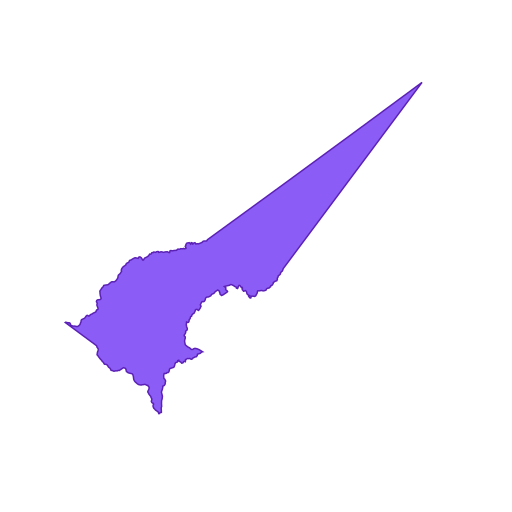 outline of Manyatta, Eastern, Kenya, rotated 77°
{"feature_id": "3690345B28172026836823", "entity_name": "Manyatta", "entity_type": "district", "adm_level": 2, "iso_a3": "KEN", "parent_name": "Kenya", "parent_adm1": "Eastern", "projection": "mercator", "projection_center": [37.497, -0.372], "detail": "fine", "context": "isolated", "style": "filled", "palette": "violet", "viewbox_px": 512, "rotation_deg": 77, "n_neighbors": 0, "source": "geoboundaries", "source_scale": "gbopen_adm2", "svg_char_len": 6169}
<svg xmlns="http://www.w3.org/2000/svg" viewBox="0 0 512 512"><g transform="rotate(77 256 256)"><path d="M341.0,406.9L342.9,403.2L343.8,402.7L345.8,402.6L348.5,402.9L349.8,402.7L351.0,402.3L353.1,400.9L354.0,400.2L354.8,399.4L355.3,398.4L355.9,396.9L355.8,396.0L356.0,394.9L356.0,393.6L356.3,392.7L357.5,391.3L357.7,390.5L358.9,390.2L359.6,389.7L360.6,389.8L361.9,390.5L363.1,391.5L363.9,392.0L364.9,391.9L365.6,391.5L366.6,391.4L369.3,390.1L370.4,390.1L371.1,389.8L372.1,389.7L374.1,390.7L375.2,390.5L376.0,390.0L376.4,389.2L377.2,389.1L377.9,389.6L378.9,390.1L380.0,390.1L381.4,389.8L382.3,389.2L383.3,388.7L384.0,388.2L384.5,387.5L385.2,387.2L385.7,386.5L386.5,386.3L387.7,386.2L387.8,385.4L387.2,385.0L387.0,384.2L387.1,383.4L385.9,383.1L382.9,382.6L382.2,382.3L381.5,381.8L378.2,381.2L375.6,380.5L374.1,379.6L371.6,378.7L367.7,378.8L366.6,378.4L365.8,377.9L365.2,377.4L364.2,377.0L363.4,376.5L361.9,376.2L361.5,374.5L360.4,373.4L359.7,373.1L358.9,373.0L358.4,372.6L357.4,372.2L355.5,372.6L354.6,373.3L352.4,373.0L351.6,372.8L349.9,372.0L349.9,371.2L350.2,370.5L350.1,369.7L349.6,368.9L349.8,367.9L349.2,366.9L347.7,366.1L346.9,365.8L346.3,365.1L346.0,361.4L345.6,360.7L344.0,359.7L343.0,359.3L342.0,358.5L341.7,357.7L341.8,356.9L341.2,356.2L340.3,355.8L340.2,354.7L341.4,354.6L341.8,353.8L342.3,353.3L343.7,352.5L343.7,351.3L342.7,350.3L342.5,349.4L343.1,348.8L342.3,348.2L341.1,348.0L340.5,345.6L340.9,344.7L340.9,343.7L341.6,343.0L342.1,342.2L341.9,341.1L341.1,340.2L341.0,339.2L340.7,338.5L340.7,336.7L339.7,335.6L338.5,335.1L338.3,332.3L337.3,330.4L337.3,329.6L334.6,332.3L333.7,333.5L333.2,334.2L332.5,335.6L332.2,336.7L332.4,337.7L332.8,338.4L332.6,339.7L331.9,340.5L331.3,340.8L330.5,341.4L329.7,342.4L328.9,343.2L327.2,344.5L326.4,344.9L323.2,344.8L321.7,344.3L319.9,343.3L318.6,343.2L317.7,343.9L316.7,343.6L316.0,342.7L314.9,341.8L313.5,341.5L313.0,340.7L312.7,339.9L311.9,339.4L310.8,339.2L309.7,339.6L308.4,339.4L307.5,339.5L304.7,338.5L305.4,337.5L305.4,336.7L304.8,336.1L303.0,335.4L302.4,334.5L301.9,334.1L301.1,333.8L300.4,333.3L300.2,332.3L298.9,331.6L298.3,330.7L298.1,330.0L297.7,329.1L296.2,327.9L295.6,327.5L294.9,327.2L294.6,326.3L294.8,325.4L295.4,325.0L296.1,324.2L295.5,323.4L293.9,321.8L293.0,321.3L292.5,320.8L291.1,321.3L289.2,319.8L288.3,318.7L288.7,317.4L288.6,316.7L288.1,316.1L287.2,315.3L286.0,314.8L285.3,314.1L285.0,313.2L285.2,311.4L284.6,309.0L283.7,308.2L283.2,307.3L283.1,306.0L282.8,305.2L282.3,304.7L281.5,303.5L280.5,300.9L282.0,299.6L282.9,299.7L284.1,299.5L285.1,299.6L286.7,298.5L286.5,297.0L284.7,292.3L284.2,291.7L283.2,292.1L282.3,292.9L281.6,293.1L280.3,292.5L278.6,293.7L278.5,289.9L278.6,289.2L278.5,288.1L278.1,287.2L278.4,286.3L279.8,284.5L280.9,283.6L281.5,282.7L282.1,282.1L282.9,282.3L283.5,281.4L283.0,280.7L282.1,280.4L281.3,279.7L280.8,279.0L281.3,278.2L282.2,277.9L283.2,277.4L283.4,276.6L284.2,276.4L284.6,276.9L285.8,276.9L286.8,276.3L287.5,276.1L287.5,275.2L287.3,274.2L288.0,273.6L288.7,273.3L290.9,273.3L291.8,272.6L292.5,272.3L293.0,271.3L293.7,272.2L294.6,271.8L295.6,271.2L295.7,270.5L295.0,270.1L294.2,270.0L294.2,269.0L294.6,267.6L295.1,266.5L294.8,265.3L292.4,263.2L290.4,262.3L290.4,261.5L290.7,260.7L290.8,258.6L291.1,257.8L291.5,257.1L291.7,256.1L291.6,254.4L291.4,253.8L290.6,253.3L290.1,252.4L290.0,251.5L290.2,250.6L289.6,249.7L289.3,248.8L288.4,248.4L288.3,247.6L288.0,246.8L286.8,245.5L285.8,245.1L284.9,243.0L284.8,241.3L283.5,240.4L282.6,240.3L281.9,239.8L281.4,239.2L280.3,238.8L279.6,237.0L278.9,236.2L277.8,235.8L277.1,234.8L276.7,233.9L275.9,233.2L274.4,232.3L124.2,55.2L154.4,124.9L190.9,209.8L229.2,299.7L230.0,300.3L230.2,301.1L229.7,303.2L229.8,304.3L230.5,305.3L231.0,307.5L231.2,309.7L230.8,310.4L230.8,311.9L230.0,312.1L229.3,312.5L229.3,313.4L229.5,314.1L230.1,314.6L230.1,315.3L228.8,315.3L228.4,316.1L229.6,317.1L228.0,318.0L227.9,319.8L228.0,320.7L228.6,321.3L229.2,321.8L230.2,322.1L230.6,322.8L231.4,322.7L232.1,322.4L232.8,322.5L232.9,323.5L232.8,324.4L232.3,325.0L232.5,325.8L231.9,327.8L232.2,328.5L232.1,329.5L231.7,330.5L232.0,331.3L232.6,332.1L232.2,334.6L232.2,335.4L232.1,336.6L231.5,337.7L231.6,338.6L233.2,339.4L233.0,340.2L232.3,340.9L231.8,341.7L231.8,342.4L231.6,343.3L231.6,345.5L230.7,346.9L230.5,347.9L230.7,348.9L230.6,350.0L229.8,350.0L229.5,350.9L229.5,352.1L229.9,352.9L229.1,354.7L229.6,355.4L229.3,356.3L229.5,357.0L230.3,357.6L230.5,358.3L230.2,359.2L231.4,360.4L231.9,361.2L232.6,363.1L232.9,364.8L233.5,365.6L234.6,366.5L234.5,367.3L232.0,368.1L230.8,369.2L230.6,370.1L231.1,370.8L231.8,371.4L230.5,374.1L230.6,375.0L231.2,377.2L231.7,378.4L231.9,380.2L233.5,381.4L233.9,383.3L234.2,384.0L234.9,384.6L235.5,384.9L236.4,387.3L236.8,388.1L237.9,389.4L238.6,390.0L239.6,390.5L240.8,390.5L242.0,391.8L242.6,392.3L243.3,393.7L243.7,394.4L245.0,395.1L245.8,395.3L247.2,396.4L248.8,398.4L249.3,400.0L248.8,401.6L248.7,402.8L249.3,403.8L249.7,405.0L250.4,405.9L250.7,406.8L250.5,408.6L250.4,410.9L251.7,412.0L252.6,413.5L253.9,414.7L254.5,415.5L255.1,416.0L255.8,416.2L256.7,416.2L257.4,416.4L259.8,416.6L261.7,416.4L262.5,416.5L263.1,417.0L263.4,417.9L263.2,419.1L263.1,420.1L263.5,421.2L264.7,421.8L265.6,421.4L266.5,421.4L267.2,421.8L268.2,422.1L271.3,421.7L272.1,421.8L272.6,422.3L272.7,423.4L273.3,423.9L274.2,424.4L274.6,425.2L275.1,427.6L275.7,429.1L275.8,430.2L276.1,430.9L276.7,431.5L276.9,432.5L276.0,433.4L275.9,434.3L276.3,435.0L277.6,436.4L278.2,437.4L278.3,438.5L278.7,439.3L278.7,440.1L279.3,440.8L281.0,441.4L281.5,441.9L283.0,442.8L283.5,443.3L283.9,444.1L284.5,445.4L284.4,446.5L283.5,448.4L283.3,449.5L282.3,451.6L281.4,452.0L279.7,452.3L279.2,452.7L278.2,455.6L277.7,456.1L277.9,456.8L307.2,431.8L307.9,431.4L308.9,431.5L310.8,430.7L311.7,430.7L312.6,431.1L314.0,432.1L316.5,433.1L317.2,432.6L319.1,431.9L321.7,430.7L322.7,430.0L323.7,429.7L325.6,428.5L326.8,428.3L327.4,427.9L327.6,427.1L328.0,426.2L328.8,425.5L329.7,425.1L330.6,424.9L331.2,424.6L332.5,423.5L333.2,423.2L334.2,423.2L334.9,422.8L335.2,421.8L336.1,420.8L336.4,419.6L336.3,418.4L336.7,417.2L336.5,416.0L336.8,415.0L335.0,410.2L336.0,408.6L337.6,408.1L338.4,408.3L339.6,408.2L340.1,407.4L341.0,406.9Z" fill="#8b5cf6" stroke="#5b21b6" stroke-width="1.5"/></g></svg>